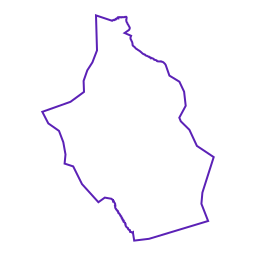 outline of Jargaltxaan, Hentiy, Mongolia
{"feature_id": "93677404B12231868373169", "entity_name": "Jargaltxaan", "entity_type": "district", "adm_level": 2, "iso_a3": "MNG", "parent_name": "Mongolia", "parent_adm1": "Hentiy", "projection": "mercator", "projection_center": [109.479, 47.515], "detail": "fine", "context": "isolated", "style": "outline", "palette": "violet", "viewbox_px": 256, "rotation_deg": 0, "n_neighbors": 0, "source": "geoboundaries", "source_scale": "gbopen_adm2", "svg_char_len": 4580}
<svg xmlns="http://www.w3.org/2000/svg" viewBox="0 0 256 256"><path d="M208.1,221.0L201.4,203.8L202.4,192.6L213.7,157.1L196.9,145.9L189.4,129.8L180.8,121.3L179.3,117.7L185.7,105.8L184.1,91.7L179.4,81.7L169.4,75.6L165.8,65.3L165.5,64.6L164.9,63.8L164.2,63.1L163.6,62.5L163.1,62.2L162.7,61.9L162.3,61.8L161.5,61.7L161.2,61.6L161.0,61.3L160.8,61.3L160.5,61.3L160.2,61.5L159.0,61.4L158.3,61.4L157.6,61.3L157.2,61.2L156.9,61.0L156.8,60.6L156.5,60.3L155.9,60.2L155.1,59.9L154.3,59.8L154.0,59.6L153.8,59.2L153.6,58.8L153.1,58.6L152.7,58.5L152.3,58.3L151.8,58.1L151.7,58.1L151.4,58.2L151.4,57.9L151.2,57.8L150.8,57.9L150.6,57.9L150.5,57.6L150.4,57.5L150.1,57.4L149.9,57.4L149.8,57.2L149.6,57.0L149.4,57.2L149.1,57.1L148.8,56.8L148.4,56.5L147.7,56.3L147.1,55.9L146.9,55.8L146.5,55.8L146.2,55.7L145.9,55.5L145.6,55.4L145.4,55.3L145.3,55.2L145.2,55.0L145.1,54.7L144.9,54.6L144.7,54.5L144.1,54.4L143.8,54.1L143.6,54.1L143.1,53.9L142.8,53.7L142.6,53.5L142.4,53.4L141.7,52.7L141.3,52.3L140.8,52.0L140.7,51.9L140.6,51.7L140.3,51.4L140.0,51.3L139.7,51.0L137.6,49.7L137.2,49.3L136.5,49.0L136.1,48.7L135.4,48.0L135.1,47.6L134.6,47.1L134.2,46.7L133.7,46.4L133.2,46.0L132.5,44.9L132.6,44.1L132.4,43.3L132.3,42.7L132.1,42.0L131.7,41.2L131.4,40.7L131.2,40.0L130.9,39.6L130.6,39.0L130.5,38.4L130.5,37.4L130.8,36.6L131.1,35.8L124.6,33.0L128.9,30.0L129.2,29.7L129.3,29.5L129.7,28.5L129.8,27.9L129.6,27.5L129.3,26.7L128.7,25.8L128.3,24.9L127.7,24.2L127.6,23.9L127.3,23.0L127.2,22.9L126.8,22.4L126.7,22.0L126.6,21.8L126.5,21.6L126.4,21.3L126.3,20.9L126.3,20.7L126.3,20.2L126.2,19.9L126.2,19.7L126.5,19.1L126.5,18.7L126.5,18.4L126.6,17.8L126.6,17.3L126.3,16.9L126.1,16.8L125.7,17.0L125.3,16.9L124.9,16.9L124.6,17.0L124.3,17.2L123.9,17.2L123.5,17.2L123.1,17.2L122.9,17.1L122.7,17.1L122.4,17.1L122.1,17.2L121.8,17.4L121.7,17.4L121.4,17.2L121.2,17.3L120.9,17.4L120.7,17.3L120.3,17.1L120.2,17.1L119.6,17.4L119.4,17.4L119.2,17.2L118.9,17.3L118.7,17.4L118.6,17.2L118.4,17.2L118.3,17.3L118.3,17.7L118.2,17.9L118.2,18.0L117.9,17.8L117.9,17.6L117.7,17.5L117.4,17.9L117.3,18.0L117.3,18.4L117.2,18.4L117.0,18.2L116.9,18.3L116.7,18.6L116.4,18.7L116.1,19.0L115.7,18.9L115.6,19.0L115.7,19.4L115.8,19.5L115.7,19.6L115.2,19.6L114.7,19.9L114.3,19.8L114.2,19.8L114.1,20.1L113.2,20.1L112.8,20.3L112.5,20.3L112.3,20.3L112.0,20.4L111.9,20.7L96.0,15.4L97.0,50.4L92.4,62.4L87.3,70.3L83.6,80.9L84.0,91.9L70.5,101.8L54.8,107.4L42.3,111.8L48.3,123.4L59.0,130.9L63.3,142.2L65.5,154.5L64.6,163.6L73.2,166.4L82.0,184.1L98.4,202.2L104.8,197.6L111.5,198.8L111.8,199.1L112.0,199.4L112.2,199.5L112.4,199.6L112.7,199.9L112.9,200.0L113.0,200.0L113.0,200.3L112.9,200.3L112.9,200.5L113.0,200.6L113.3,200.7L113.4,200.8L113.3,201.0L113.2,201.1L113.1,201.3L113.1,201.6L113.3,201.6L113.6,201.7L113.9,201.7L113.9,201.8L114.0,201.9L114.0,202.0L114.3,202.5L114.6,202.8L114.8,203.2L115.2,204.1L115.2,204.5L115.2,204.9L115.1,205.1L114.9,205.3L114.9,205.5L115.3,205.7L115.3,205.8L115.2,205.9L115.4,206.1L115.2,206.6L115.1,206.8L115.2,207.4L115.3,207.8L115.4,208.1L115.5,208.3L115.6,208.5L115.8,208.7L116.2,209.1L116.2,209.5L116.3,209.6L116.5,209.8L116.9,210.1L117.0,210.3L117.3,210.4L117.4,210.5L117.4,210.8L117.5,210.9L117.5,211.0L117.8,211.1L118.0,211.2L118.1,211.3L118.1,211.6L118.0,211.8L118.1,212.0L118.4,212.4L118.4,212.5L118.2,212.7L118.2,212.8L118.3,212.9L118.6,213.0L118.8,213.1L118.8,213.3L118.9,213.5L119.4,213.9L119.6,214.0L120.0,214.5L120.2,215.2L120.2,215.3L120.3,215.3L120.5,215.4L120.6,215.5L120.7,215.9L120.8,216.1L120.9,216.3L121.2,216.4L121.2,216.8L121.4,217.0L121.5,217.1L121.5,217.3L121.7,217.5L121.7,217.8L121.8,217.8L122.0,217.9L122.2,218.1L122.2,218.3L122.1,218.5L122.4,218.9L122.4,219.0L122.3,219.3L122.4,219.6L122.6,219.7L122.8,219.7L122.8,219.8L122.9,220.1L123.0,220.3L123.3,220.3L123.3,220.6L123.2,220.7L123.2,220.8L123.3,221.0L123.4,221.3L123.6,221.3L123.5,221.5L123.6,221.8L123.8,221.9L124.4,222.4L124.5,222.5L124.8,222.6L125.0,222.7L125.0,222.8L125.1,223.2L125.4,223.5L125.3,223.8L125.4,224.0L125.3,224.3L125.3,224.6L125.5,224.8L125.7,225.0L125.6,225.3L125.6,225.6L125.8,226.0L126.2,226.5L126.3,226.7L126.4,226.9L126.5,227.1L126.7,227.3L126.8,227.4L127.1,227.5L127.3,227.6L127.6,227.8L127.9,228.0L128.0,228.2L128.0,228.8L128.3,229.3L128.7,229.7L128.8,229.8L129.3,229.8L129.5,229.8L129.9,230.1L130.0,230.5L129.9,231.0L130.0,231.1L130.0,231.3L130.1,231.6L130.1,231.9L130.2,232.0L130.3,232.0L130.5,232.0L130.7,231.8L130.8,231.8L131.7,232.2L132.1,232.7L132.3,232.8L132.6,232.8L132.7,232.7L132.7,232.4L132.8,232.2L133.0,232.1L133.0,233.1L134.2,240.6L149.1,238.8L208.1,221.0Z" fill="none" stroke="#5b21b6" stroke-width="2"/></svg>